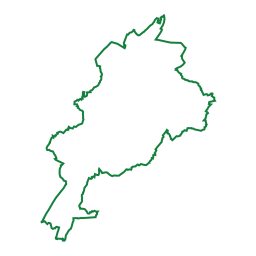 Campulung, Arges, Romania
{"feature_id": "2599482B28954642514421", "entity_name": "Campulung", "entity_type": "district", "adm_level": 2, "iso_a3": "ROU", "parent_name": "Romania", "parent_adm1": "Arges", "projection": "albers", "projection_center": [25.046, 45.256], "detail": "fine", "context": "isolated", "style": "outline", "palette": "green", "viewbox_px": 256, "rotation_deg": 0, "n_neighbors": 0, "source": "geoboundaries", "source_scale": "gbopen_adm2", "svg_char_len": 5696}
<svg xmlns="http://www.w3.org/2000/svg" viewBox="0 0 256 256"><path d="M95.6,217.2L96.1,215.1L97.0,214.3L97.0,212.5L97.7,211.6L95.9,211.6L94.5,210.8L93.4,211.5L92.1,211.1L91.5,212.3L90.1,212.1L89.5,213.5L88.0,213.5L87.5,213.1L86.9,211.7L84.9,209.3L83.3,208.8L80.1,208.7L80.1,207.5L79.4,206.8L79.3,206.4L79.4,205.2L81.9,201.6L82.1,200.8L81.9,199.1L82.1,197.9L81.8,196.4L81.9,194.8L83.1,193.7L83.0,192.4L83.7,191.8L84.5,187.8L87.0,184.5L87.2,183.4L87.1,182.7L88.9,178.1L90.8,178.9L91.9,178.4L92.0,177.7L91.7,177.1L91.9,176.9L92.3,176.9L92.4,177.2L92.9,177.1L93.2,176.6L94.2,176.4L94.5,176.8L95.0,174.1L97.2,175.0L98.4,175.1L99.3,172.8L99.1,171.6L99.0,169.6L99.2,168.9L101.6,171.8L102.2,173.1L105.7,172.3L107.3,172.6L109.9,174.9L112.2,176.1L113.8,175.5L117.7,175.7L119.4,175.5L120.1,174.7L123.9,172.1L126.4,169.3L126.9,169.3L127.8,169.9L129.2,169.4L131.2,169.7L131.6,168.7L131.5,167.7L131.8,167.4L132.7,166.7L135.4,166.4L137.4,164.6L138.1,164.6L138.7,165.3L139.4,165.3L141.0,164.0L144.0,164.9L146.4,165.0L149.0,162.7L149.4,162.7L149.3,162.3L150.3,160.7L150.6,160.7L151.5,159.7L151.8,158.1L152.9,158.4L152.8,157.7L153.3,157.0L153.2,155.2L154.1,154.8L155.3,155.0L155.2,153.3L154.8,153.0L156.3,150.5L155.5,149.3L156.2,148.8L156.8,147.6L161.7,141.9L161.7,140.9L162.3,139.3L162.4,138.1L163.5,137.1L163.4,136.3L162.9,135.4L166.0,131.5L166.9,129.9L167.8,130.6L167.6,131.1L167.6,131.6L167.0,131.6L167.3,133.1L167.7,133.5L168.4,133.5L169.1,134.0L170.0,135.7L170.0,136.4L170.3,136.7L170.8,137.8L170.8,138.8L171.4,138.9L171.6,139.5L172.4,140.2L176.5,136.2L178.3,136.4L180.2,135.6L180.1,135.4L180.4,134.9L180.9,134.5L182.0,132.8L182.3,131.6L183.4,131.5L184.4,130.3L184.7,130.2L186.6,130.8L187.6,128.1L191.3,128.1L191.4,128.4L191.7,128.5L193.5,128.6L194.3,129.3L201.1,130.8L202.6,129.8L204.3,129.5L204.6,129.0L204.5,127.2L205.3,127.0L205.3,126.8L206.0,126.2L205.9,125.9L206.3,125.0L205.9,124.5L206.2,124.1L206.5,124.1L205.9,122.3L205.7,120.6L203.8,120.5L205.4,118.6L206.1,116.6L206.3,114.4L208.0,113.1L207.7,112.6L205.8,111.2L207.3,109.2L208.6,106.9L211.0,104.4L208.9,104.0L209.3,102.0L215.0,100.8L214.2,99.5L214.3,97.6L213.0,97.0L211.7,96.0L212.2,95.1L212.5,94.1L212.5,93.6L212.1,93.4L211.1,93.5L209.5,94.9L207.9,95.4L207.7,95.4L207.1,94.3L206.0,94.2L203.6,94.9L202.7,92.9L202.2,92.2L202.1,91.2L201.1,90.3L200.9,89.8L201.3,89.8L201.2,88.5L200.6,88.2L200.0,86.5L199.5,86.4L198.3,84.8L198.3,83.6L196.1,82.4L195.0,82.1L193.3,82.2L192.1,81.3L190.7,81.5L188.7,81.1L188.4,80.6L187.3,80.5L186.8,80.0L185.1,79.8L184.6,79.1L182.3,78.3L182.1,77.2L182.3,76.5L180.9,74.9L180.6,74.2L181.0,73.8L178.5,72.3L178.1,71.3L177.4,70.8L177.1,70.1L176.4,70.0L176.9,69.6L175.8,68.9L177.1,68.0L180.4,66.7L182.8,64.9L184.7,62.7L182.3,59.1L182.0,58.3L181.9,56.7L182.1,55.7L181.5,55.7L183.5,52.6L185.2,49.4L185.7,47.8L184.6,47.1L181.7,43.6L180.6,42.9L170.5,42.6L158.5,40.0L155.7,39.6L160.2,33.1L161.7,30.5L161.9,29.4L160.6,28.7L162.8,25.4L164.0,22.2L164.5,19.0L164.1,15.4L163.9,15.4L163.8,16.0L163.4,16.0L163.2,17.0L161.6,16.7L161.0,17.4L161.1,19.7L160.6,20.4L160.2,22.6L159.8,23.4L157.5,22.5L157.7,21.8L158.0,21.8L158.4,20.8L158.1,20.6L158.6,20.1L158.7,18.6L157.6,18.6L156.8,18.1L155.0,19.9L154.1,21.9L153.5,22.5L152.5,24.1L150.2,25.6L147.1,28.9L145.5,30.2L143.9,31.9L143.6,31.9L139.6,35.1L138.7,35.4L138.2,35.3L137.4,34.6L136.8,34.4L134.5,31.4L134.4,30.1L134.0,29.9L133.6,29.9L132.8,31.3L131.7,32.2L129.6,32.8L128.2,34.6L127.1,34.4L123.9,42.9L124.2,45.9L124.8,45.9L124.8,45.1L125.4,45.3L125.2,47.1L124.7,48.2L117.5,43.8L111.6,42.1L110.6,42.8L106.9,46.8L104.4,48.9L102.6,50.9L95.4,59.1L97.2,65.9L98.5,65.9L100.2,66.4L99.8,67.9L100.0,68.6L100.4,68.9L100.5,70.4L100.8,71.3L100.6,71.8L101.6,73.1L102.0,74.1L101.7,74.9L101.8,75.4L100.8,76.6L101.3,77.2L101.4,78.2L101.1,79.9L100.0,81.1L99.9,82.4L99.0,83.3L98.7,84.5L97.8,85.6L96.5,86.5L94.0,87.5L93.3,88.7L91.8,90.4L90.8,90.5L90.4,90.8L90.0,91.5L90.4,92.2L86.9,92.4L86.8,92.6L87.2,93.2L87.2,93.7L86.9,95.6L86.5,96.1L84.7,96.8L84.1,96.7L84.3,94.9L83.9,94.3L84.2,92.1L83.2,91.9L82.9,92.6L82.8,95.7L82.3,96.8L82.6,98.7L81.7,98.6L81.4,99.7L80.2,99.0L79.8,99.1L78.6,100.5L78.2,99.9L77.4,99.8L77.3,100.3L74.6,101.6L74.4,104.3L77.1,104.4L77.5,106.0L77.2,106.3L78.1,106.5L77.8,107.8L79.0,108.5L80.0,109.9L82.3,110.8L83.0,111.6L83.1,112.4L82.9,113.4L82.9,114.8L83.2,116.8L83.0,118.4L83.5,119.6L82.8,121.2L82.3,123.2L81.6,123.8L78.4,124.9L76.0,126.9L74.1,126.5L72.7,128.5L70.1,127.9L68.8,126.8L68.4,127.4L68.4,128.0L68.8,128.4L68.5,128.5L68.3,129.7L67.7,129.4L67.5,129.8L66.8,130.0L66.3,129.7L63.4,133.1L61.1,131.9L60.3,131.7L59.4,131.8L57.3,132.8L57.8,133.7L56.3,134.6L56.0,135.6L55.7,135.8L55.2,135.5L54.7,136.6L52.8,135.7L53.1,137.7L52.5,137.4L51.7,137.7L51.1,138.8L50.3,141.1L49.8,142.0L50.0,142.1L50.0,142.7L47.1,146.7L46.7,147.9L46.7,148.9L47.2,150.0L49.2,149.9L50.3,150.8L53.0,151.5L54.4,154.4L55.2,155.3L56.2,157.6L56.4,158.3L54.9,158.9L55.8,159.9L63.3,163.5L62.0,165.0L60.8,165.3L60.9,166.7L60.5,167.2L59.7,169.2L59.6,174.3L60.3,176.2L60.2,176.8L62.0,178.2L63.5,179.8L63.7,180.6L65.8,181.2L66.1,183.0L66.1,184.4L65.4,185.0L63.8,187.9L56.1,197.5L53.1,202.2L48.6,210.0L46.1,213.8L44.2,217.5L44.0,218.3L43.4,218.9L42.6,220.8L41.0,222.5L44.6,221.2L47.3,224.1L48.6,222.9L49.9,223.1L50.6,223.8L51.6,228.0L52.7,228.8L53.5,228.7L54.8,228.0L55.3,228.2L55.7,227.5L56.4,226.8L59.1,227.5L58.1,231.0L57.6,232.2L56.3,237.2L56.0,237.3L55.8,238.3L56.4,238.6L56.4,239.0L57.0,239.1L57.1,238.7L57.5,238.6L62.6,239.0L62.8,240.5L63.5,240.6L63.3,239.1L64.8,240.1L65.2,239.4L65.6,237.8L65.7,236.1L66.1,234.8L67.2,233.4L67.5,232.5L69.2,230.0L70.8,228.8L71.7,226.4L72.7,222.5L73.5,220.8L73.4,218.2L77.4,218.1L77.5,218.3L79.3,218.3L81.6,217.9L82.4,218.1L95.6,217.2Z" fill="none" stroke="#15803d" stroke-width="2"/></svg>